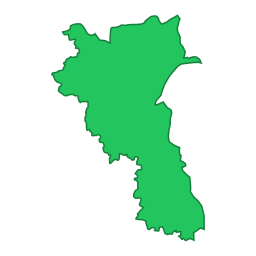 the district of Jebel Saman, Aleppo, Syria
{"feature_id": "27442178B96508006833869", "entity_name": "Jebel Saman", "entity_type": "district", "adm_level": 2, "iso_a3": "SYR", "parent_name": "Syria", "parent_adm1": "Aleppo", "projection": "orthographic", "projection_center": [37.058, 35.942], "detail": "fine", "context": "isolated", "style": "filled", "palette": "green", "viewbox_px": 256, "rotation_deg": 0, "n_neighbors": 0, "source": "geoboundaries", "source_scale": "gbopen_adm2", "svg_char_len": 5754}
<svg xmlns="http://www.w3.org/2000/svg" viewBox="0 0 256 256"><path d="M180.0,19.0L177.4,15.4L174.4,17.3L170.0,19.5L167.1,21.9L162.1,24.1L161.0,23.6L159.2,21.0L158.0,17.6L156.3,16.1L154.1,16.0L151.5,16.4L149.5,17.6L145.7,20.7L143.9,23.1L141.3,24.1L136.3,24.5L132.5,24.5L128.6,24.7L125.1,25.4L121.5,25.0L120.3,25.8L117.8,26.9L116.4,27.3L115.6,27.3L113.6,27.6L112.2,27.4L110.9,28.7L110.5,32.4L110.1,37.2L110.1,43.1L105.1,40.7L99.6,40.1L95.0,33.7L94.5,34.6L90.6,35.4L87.4,33.6L85.2,29.7L82.7,25.9L80.6,24.0L77.9,23.8L74.2,24.3L70.6,25.8L70.0,29.4L65.8,31.4L62.7,31.9L62.9,32.5L63.8,34.0L64.5,34.6L65.4,34.7L66.8,34.6L67.5,34.4L68.3,34.5L68.6,35.2L69.3,39.5L69.6,40.0L70.0,40.1L71.3,40.0L74.1,39.3L74.8,39.2L75.5,39.5L75.7,39.9L75.3,40.7L74.8,41.7L74.3,42.9L74.3,43.6L74.5,44.1L75.0,44.9L75.9,46.0L76.0,46.6L75.7,47.5L75.6,48.1L76.5,48.3L77.9,48.3L78.4,48.4L78.8,48.9L79.4,51.2L79.4,52.4L78.8,52.9L78.3,52.8L77.8,53.1L77.3,54.4L77.2,55.7L76.8,56.7L74.4,57.1L73.5,57.3L71.9,57.3L71.3,56.9L70.6,56.8L68.8,58.2L66.8,59.2L66.1,60.0L65.8,60.7L65.5,62.3L65.0,62.4L64.4,62.3L63.8,62.9L63.6,63.3L63.9,64.0L64.7,64.2L65.3,64.8L63.3,68.3L63.0,69.6L62.5,70.1L61.5,70.4L60.1,70.7L59.3,70.6L59.0,70.7L58.2,71.2L56.8,72.2L54.9,72.7L53.1,72.8L51.9,73.8L52.1,74.9L52.9,75.4L53.3,75.5L53.7,76.0L53.8,76.4L54.0,77.5L54.3,78.3L54.7,78.9L55.2,80.1L56.0,81.0L56.7,81.7L57.8,82.3L60.3,83.1L61.1,83.7L61.6,84.6L61.3,85.7L60.8,86.3L59.9,86.4L59.5,86.7L59.2,87.1L58.9,88.5L58.6,89.3L58.6,90.9L58.9,91.3L59.7,92.1L61.2,93.1L62.7,94.1L64.2,95.4L64.7,95.6L66.8,95.7L67.8,95.4L68.5,94.8L72.3,94.4L73.4,94.7L74.2,95.3L75.6,95.9L76.2,95.7L76.8,95.6L77.4,95.7L77.8,96.0L77.9,96.5L78.2,97.7L78.4,99.0L79.0,100.7L79.5,101.7L80.3,102.5L81.8,101.7L82.7,101.4L84.0,101.6L85.8,101.7L87.4,101.6L87.9,101.9L88.1,102.9L88.1,104.2L88.1,106.6L87.9,107.3L87.4,107.7L87.2,108.2L86.6,109.0L86.2,110.5L85.8,112.6L86.0,114.6L86.1,116.0L85.3,116.9L84.9,117.7L85.2,118.9L85.0,119.8L85.0,120.5L85.3,121.2L86.1,122.5L86.4,123.2L86.6,124.4L86.4,125.5L86.6,127.7L86.7,129.1L87.0,130.0L87.4,130.3L89.3,129.5L89.8,130.4L90.2,131.5L91.1,132.0L91.8,132.3L91.9,133.0L91.8,134.0L92.0,135.4L92.6,135.8L94.0,135.4L94.9,135.4L96.0,135.6L97.5,134.8L99.1,134.8L99.6,135.2L100.3,136.0L100.6,136.8L100.5,137.8L100.1,138.6L99.4,138.9L99.1,139.5L99.2,140.1L99.6,141.7L100.0,142.2L100.9,142.5L101.8,142.3L102.7,142.6L103.4,143.2L103.9,144.4L104.2,146.6L103.8,147.1L103.3,147.4L103.0,147.7L103.0,148.4L103.6,150.4L104.1,151.8L104.9,152.4L105.7,152.7L106.9,152.8L107.7,153.1L108.4,153.7L108.5,154.4L108.6,154.9L109.1,155.1L109.8,155.0L110.5,155.0L110.7,155.4L109.5,158.2L109.5,159.5L109.6,160.1L109.5,161.6L109.6,162.7L109.9,163.4L110.6,163.3L111.6,162.3L113.2,160.7L113.9,160.0L114.9,159.6L115.5,159.5L116.6,159.6L117.3,159.9L117.9,160.4L118.4,160.1L119.0,159.1L119.2,158.4L119.3,157.1L119.2,156.6L119.3,155.5L119.5,153.7L119.8,153.5L120.2,153.6L123.7,155.2L124.2,155.1L124.9,155.3L125.4,155.2L125.9,154.7L126.6,154.4L127.1,154.7L127.4,155.2L127.0,156.2L127.4,156.7L128.8,157.7L129.7,158.1L131.2,158.9L131.6,159.7L131.9,160.0L132.8,160.1L134.3,159.5L134.3,159.1L134.4,157.3L134.8,157.2L135.6,156.7L137.1,157.0L138.0,157.3L138.1,158.0L136.7,162.3L136.9,163.2L136.9,164.4L137.4,164.5L138.2,164.8L139.5,164.9L140.9,165.4L141.4,165.8L141.5,166.6L141.5,168.6L141.4,169.6L140.8,169.8L138.4,169.8L138.1,169.9L137.4,170.6L135.6,173.1L135.3,173.4L135.4,173.9L137.0,175.0L137.8,175.7L137.5,176.9L136.9,177.9L136.4,178.2L135.3,178.2L134.4,178.5L134.5,179.3L134.7,179.9L135.2,180.1L137.2,180.4L137.2,181.8L137.7,182.0L137.8,182.5L137.9,183.7L137.8,184.8L137.8,186.5L137.8,187.3L137.8,188.7L137.4,189.4L136.8,189.9L135.8,190.3L134.7,191.8L133.8,194.0L133.6,196.0L134.4,197.5L136.0,198.3L137.0,198.2L138.5,197.7L140.7,198.4L141.1,199.1L140.9,199.8L140.7,201.0L140.4,202.1L139.6,203.5L139.6,205.1L140.9,206.3L143.3,207.3L143.1,207.6L142.1,209.1L140.3,210.5L138.5,212.9L137.5,213.9L137.6,214.7L138.0,215.1L138.1,215.4L137.8,216.0L136.0,218.4L136.0,218.8L136.0,219.0L136.8,219.1L137.5,219.4L138.1,219.4L138.6,219.5L140.1,219.6L141.0,219.6L142.7,219.8L144.7,220.5L145.6,221.0L145.9,221.9L146.1,223.2L146.7,225.2L147.4,227.2L147.7,228.8L148.5,229.4L149.5,229.5L150.1,228.7L151.2,228.1L152.2,227.6L152.9,227.5L154.2,227.8L155.1,228.4L155.2,229.6L154.6,230.5L158.0,231.0L158.9,230.7L159.3,227.3L162.0,226.8L163.3,228.3L163.7,229.2L164.1,231.1L164.4,231.9L164.7,232.6L165.4,233.8L166.4,234.1L167.5,234.5L169.3,233.9L172.3,234.0L172.5,232.3L173.2,232.1L173.6,231.8L175.5,230.4L176.0,230.3L176.0,230.9L176.2,231.3L175.9,231.7L176.4,231.9L176.6,232.3L177.1,232.1L178.2,232.0L178.6,231.9L180.1,231.7L181.0,231.7L180.7,234.5L180.7,235.3L179.8,235.8L178.8,236.2L179.1,236.4L180.0,237.2L180.7,237.7L181.2,238.3L181.4,238.5L181.5,238.8L181.6,239.3L182.1,239.3L183.3,238.3L185.6,240.6L190.2,238.4L193.9,240.2L193.7,234.2L193.4,233.0L200.5,228.0L203.6,229.2L204.1,229.4L204.1,215.7L201.7,206.1L198.1,200.9L193.8,197.1L190.5,192.0L190.6,186.7L189.8,177.3L188.3,176.0L186.1,174.2L182.4,170.3L181.9,167.6L185.7,165.8L185.5,163.8L183.5,162.1L182.3,161.6L180.4,160.5L181.0,155.5L180.2,155.0L179.5,153.0L179.4,149.0L179.8,147.8L174.1,145.2L169.4,142.0L168.8,140.2L168.3,136.0L168.9,130.3L170.2,124.4L170.3,118.3L171.7,113.3L171.3,110.5L169.2,108.6L167.5,107.9L165.9,105.8L163.3,102.0L160.0,103.4L157.4,104.6L155.4,104.8L155.4,102.8L156.3,100.5L158.7,97.8L160.9,95.3L162.1,90.9L164.4,84.9L167.1,80.0L169.3,76.2L173.5,71.1L177.8,66.2L180.8,64.2L183.3,63.7L187.3,63.2L193.9,62.5L198.3,62.3L201.2,63.0L199.6,59.3L197.4,58.0L196.8,57.2L195.3,56.9L192.4,57.0L189.8,58.0L188.7,58.7L187.6,57.5L183.7,57.9L184.8,54.3L185.2,51.9L183.1,47.1L180.3,43.6L179.9,39.2L180.3,37.5L177.6,31.4L177.3,28.1L179.1,20.8L180.0,19.0Z" fill="#22c55e" stroke="#15803d" stroke-width="1.5"/></svg>